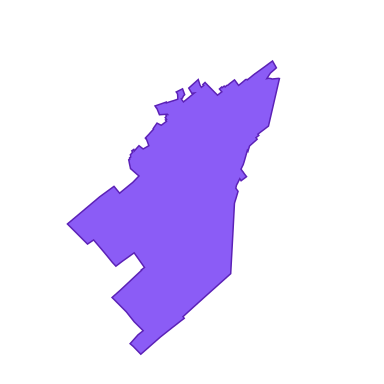 Hopelchén, Campeche, Mexico (Natural Earth projection), rotated 48°
{"feature_id": "50627088B35254539369817", "entity_name": "Hopelchén", "entity_type": "district", "adm_level": 2, "iso_a3": "MEX", "parent_name": "Mexico", "parent_adm1": "Campeche", "projection": "natural_earth1", "projection_center": [-89.782, 19.541], "detail": "fine", "context": "isolated", "style": "filled", "palette": "violet", "viewbox_px": 384, "rotation_deg": 48, "n_neighbors": 0, "source": "geoboundaries", "source_scale": "gbopen_adm2", "svg_char_len": 3451}
<svg xmlns="http://www.w3.org/2000/svg" viewBox="0 0 384 384"><g transform="rotate(48 192 192)"><path d="M146.3,65.8L146.2,66.3L146.2,66.6L146.2,67.0L146.1,67.8L145.7,75.8L145.2,75.8L144.3,76.9L144.2,81.3L144.0,85.5L144.0,86.0L142.3,85.9L142.0,85.8L141.8,85.8L137.7,85.4L137.4,85.4L137.1,85.4L136.9,88.5L136.7,90.9L136.6,92.9L136.6,94.0L136.0,95.0L136.1,96.2L136.1,97.1L134.8,97.2L134.6,99.8L133.8,99.8L133.8,102.7L137.5,102.8L137.1,108.3L135.5,108.3L134.0,108.4L131.8,108.5L131.6,108.5L130.9,108.5L129.6,108.6L128.5,108.6L127.6,108.7L126.5,108.7L125.4,108.8L124.4,108.8L123.4,108.9L122.3,108.9L121.7,108.9L120.9,109.0L119.3,109.0L119.4,112.0L120.6,112.0L120.5,115.0L117.9,114.5L112.6,112.1L112.6,124.9L118.5,126.1L120.0,124.0L119.9,125.4L119.6,133.0L119.3,138.1L115.6,137.7L115.8,136.1L115.5,135.6L114.9,134.0L114.8,132.3L109.0,130.0L107.1,136.8L108.3,136.9L109.7,137.3L112.6,139.6L113.5,140.5L112.7,142.4L112.6,142.7L112.5,142.9L112.3,143.3L112.1,143.8L111.5,145.2L111.4,145.3L110.8,146.6L109.1,150.4L108.6,151.5L107.9,151.0L107.6,151.9L107.5,152.0L105.8,156.0L103.3,161.9L106.0,162.3L106.2,162.1L112.8,164.5L117.7,158.3L118.2,158.3L117.1,159.8L118.6,160.4L118.7,162.1L121.1,162.4L120.7,163.5L122.4,163.7L122.3,164.8L121.8,170.2L118.8,171.4L117.4,171.9L118.5,176.8L119.0,178.6L119.6,178.7L119.7,179.9L119.9,182.0L120.0,183.2L120.3,185.6L120.5,188.5L120.7,190.6L120.9,190.6L122.0,190.7L122.0,190.4L125.3,191.7L128.7,193.1L127.4,199.3L127.3,199.5L124.0,200.1L122.1,200.4L122.4,203.3L122.9,207.5L121.4,206.8L121.1,209.2L122.7,209.5L122.8,210.6L122.9,211.0L122.9,211.4L123.0,211.7L123.1,212.9L123.3,212.9L123.8,213.3L124.2,213.6L124.9,214.2L125.1,214.4L125.0,214.9L124.8,215.5L125.6,216.3L125.8,216.5L126.0,216.6L125.7,217.3L125.7,217.5L127.0,218.2L128.1,218.9L129.4,219.7L131.9,221.1L132.9,221.7L133.5,222.1L134.4,221.9L135.3,221.8L136.2,221.7L137.1,221.6L139.7,221.3L140.6,221.2L142.4,221.0L142.8,220.9L144.6,220.7L145.0,226.3L145.2,229.2L145.2,230.1L145.1,231.5L144.6,242.6L144.5,244.6L144.5,246.6L142.6,246.5L140.8,246.4L139.7,246.4L138.9,246.3L138.0,246.3L137.0,246.2L135.6,246.2L133.8,263.7L132.4,305.2L132.4,306.0L139.9,305.6L160.8,304.5L161.8,297.2L176.4,297.6L181.5,297.8L191.3,298.3L196.2,298.2L196.9,289.8L198.5,275.7L216.3,277.8L216.0,281.8L216.4,281.8L216.5,286.5L217.0,311.5L216.9,322.0L228.7,321.4L237.1,321.0L249.8,321.8L262.4,321.1L262.0,327.6L263.3,339.5L267.4,339.0L278.3,338.6L278.6,312.6L279.5,298.4L280.3,286.9L280.7,282.3L278.6,282.1L278.5,267.7L278.5,261.5L278.5,253.7L278.5,249.3L278.6,217.9L275.6,214.9L274.7,214.0L250.6,189.8L228.9,168.1L228.3,167.2L226.2,163.6L222.3,157.3L220.9,157.2L220.5,157.1L219.3,157.0L219.2,157.0L218.9,156.9L218.5,156.9L216.8,154.5L216.3,153.3L216.1,152.6L214.1,147.6L216.5,148.0L216.7,145.6L216.8,144.9L217.1,141.2L213.1,140.9L212.5,140.8L212.0,140.7L211.7,140.7L211.4,140.6L210.9,140.6L210.0,140.6L209.8,140.5L209.6,140.5L208.9,140.4L207.8,140.3L207.6,139.8L207.3,139.0L207.1,138.5L207.0,138.4L206.9,138.1L206.7,137.6L206.3,136.6L206.1,136.0L205.8,135.4L205.7,135.2L205.3,134.6L205.1,134.2L204.8,133.7L204.6,133.3L204.3,132.9L204.1,132.5L203.8,132.1L203.6,131.7L203.4,131.4L198.1,123.0L199.2,123.2L196.3,118.4L196.4,108.3L194.4,108.1L194.7,104.5L193.1,104.3L194.2,91.1L178.1,68.1L168.3,54.1L166.2,51.1L165.4,51.7L161.6,56.9L160.7,57.3L158.9,58.8L157.8,60.6L156.1,54.3L156.1,53.0L156.2,46.2L148.5,44.5L148.0,49.3L147.5,54.6L146.3,65.8Z" fill="#8b5cf6" stroke="#5b21b6" stroke-width="1.5"/></g></svg>